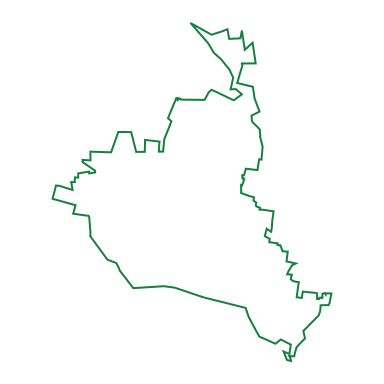 Parras, Coahuila, Mexico (Mercator projection)
{"feature_id": "50627088B64269988161187", "entity_name": "Parras", "entity_type": "district", "adm_level": 2, "iso_a3": "MEX", "parent_name": "Mexico", "parent_adm1": "Coahuila", "projection": "mercator", "projection_center": [-102.042, 25.588], "detail": "fine", "context": "isolated", "style": "outline", "palette": "green", "viewbox_px": 384, "rotation_deg": 0, "n_neighbors": 0, "source": "geoboundaries", "source_scale": "gbopen_adm2", "svg_char_len": 4819}
<svg xmlns="http://www.w3.org/2000/svg" viewBox="0 0 384 384"><path d="M288.3,271.5L292.2,265.2L295.8,263.5L286.5,261.4L287.3,255.3L287.7,251.6L285.3,251.5L284.5,251.4L282.7,251.3L280.5,245.7L280.3,245.6L280.3,245.4L279.8,245.3L279.6,245.4L279.4,245.5L279.3,245.4L279.5,245.2L277.4,244.9L277.6,243.3L269.3,242.2L269.7,238.8L264.8,236.2L266.7,228.8L271.1,231.7L271.5,229.5L271.7,228.6L272.0,224.8L272.0,224.7L272.4,219.7L272.5,219.0L272.9,216.6L273.6,211.3L270.2,210.8L262.8,209.7L259.6,209.7L260.0,207.8L256.4,206.4L255.7,205.0L256.3,202.7L253.4,200.4L254.0,197.3L249.1,195.9L243.9,194.1L242.4,193.4L241.1,193.0L241.2,190.6L241.1,189.6L241.1,189.4L241.1,189.1L241.1,188.9L241.1,188.7L241.1,188.3L241.1,188.1L241.1,187.9L241.1,187.7L241.1,187.3L241.1,185.1L242.0,185.6L242.1,185.4L242.5,184.1L242.8,183.4L242.9,183.2L243.0,182.8L243.2,182.3L243.7,180.7L244.0,179.8L244.2,179.2L242.9,178.8L243.1,178.2L242.5,178.3L241.7,178.4L242.4,178.2L242.3,175.2L244.0,175.2L244.5,173.4L245.4,170.5L245.5,170.4L245.8,168.7L256.1,169.9L256.4,170.0L257.5,170.1L257.6,169.0L258.5,163.4L259.2,159.2L261.5,159.6L262.6,146.7L260.0,136.4L260.4,136.1L259.7,129.4L257.5,127.0L257.1,126.6L254.3,123.9L253.9,123.5L252.6,122.2L251.9,120.8L251.6,116.3L251.5,115.6L259.5,111.6L254.6,98.5L252.9,86.8L237.2,83.0L242.4,65.4L241.9,63.5L255.7,63.4L252.6,42.8L244.8,49.8L241.9,30.6L240.4,38.3L229.2,38.9L227.4,29.2L221.2,31.7L211.5,34.7L190.5,23.0L205.9,40.6L207.0,41.9L208.1,43.1L214.0,53.0L218.0,56.5L218.6,57.0L219.7,58.0L221.2,59.4L229.4,69.5L233.2,77.7L230.6,89.4L235.8,89.1L241.9,94.3L233.8,100.3L211.7,89.8L208.8,92.2L204.6,99.9L181.0,99.6L180.3,99.0L180.0,98.6L179.5,98.6L179.2,98.4L178.7,98.7L178.7,99.2L178.3,99.7L177.7,100.1L177.2,98.8L177.3,98.0L176.8,98.1L176.3,98.1L171.8,109.0L168.0,118.1L171.4,121.4L170.5,123.6L169.7,125.8L169.0,127.6L168.1,129.7L167.1,132.2L166.0,134.9L165.0,137.5L164.3,139.1L163.5,147.1L163.1,151.6L158.8,151.6L159.1,146.9L159.1,146.5L159.5,141.6L147.5,140.2L145.1,139.9L144.8,151.8L141.4,151.9L136.2,151.9L131.2,132.1L118.3,132.0L116.1,138.2L111.1,152.3L110.8,152.3L110.6,152.3L110.4,152.3L110.2,152.3L109.9,152.3L109.7,152.2L109.3,152.2L109.1,152.2L108.8,152.2L108.6,152.2L108.4,152.2L108.2,152.2L107.7,152.2L107.3,152.2L107.1,152.2L106.8,152.2L106.6,152.2L106.4,152.2L106.2,152.1L105.7,152.1L105.3,152.1L105.1,152.1L104.9,152.1L104.6,152.1L104.4,152.1L104.2,152.1L103.7,152.1L103.3,152.1L103.1,152.1L102.8,152.0L102.6,152.0L102.4,152.0L102.2,152.0L101.7,152.0L101.3,152.0L101.1,152.0L100.9,152.0L100.6,152.0L100.4,152.0L100.2,152.0L99.8,152.0L99.5,152.0L99.3,151.9L99.1,151.9L98.8,151.9L98.6,151.9L98.4,151.9L98.2,151.9L97.8,151.9L97.5,151.9L97.3,151.9L97.1,151.9L96.9,151.9L96.7,151.9L96.4,151.9L96.2,151.9L95.8,151.8L95.5,151.8L95.3,151.8L95.1,151.8L94.9,151.8L94.6,151.8L94.4,151.8L94.2,151.8L93.7,151.8L93.3,151.8L93.1,151.8L92.9,151.8L92.6,151.8L92.4,151.7L92.2,151.7L91.7,151.7L91.3,151.7L91.1,151.7L90.8,151.7L90.6,151.7L90.4,151.7L90.5,160.4L82.5,159.9L82.5,160.0L82.6,162.1L95.0,170.6L95.2,172.4L90.5,173.2L89.2,173.4L89.0,171.6L83.0,172.6L78.2,173.4L78.2,177.6L74.9,177.4L74.8,179.7L74.8,179.8L74.8,182.1L71.2,182.1L72.6,190.0L59.7,185.9L56.0,185.5L52.6,198.8L75.5,205.2L73.2,213.7L88.7,215.9L89.2,216.8L90.4,231.8L90.5,235.9L90.2,236.1L107.4,259.6L111.7,261.3L116.3,263.1L118.3,266.8L119.9,270.8L122.4,274.0L133.3,288.1L145.0,287.4L152.7,286.9L163.9,286.2L169.2,286.9L174.5,287.6L191.2,293.2L191.4,293.3L203.0,297.2L205.3,297.8L216.3,300.6L216.5,300.6L219.4,301.3L232.0,304.5L245.6,307.9L247.0,312.0L248.7,317.1L249.6,318.7L252.7,324.5L254.6,328.0L255.7,330.1L259.4,336.6L264.6,338.9L266.6,339.8L267.2,340.1L267.9,340.4L268.6,340.7L273.1,342.7L275.5,343.7L280.8,339.5L289.8,344.1L290.8,344.6L290.4,347.6L290.3,347.9L290.3,348.1L290.3,348.3L289.7,352.0L289.4,353.9L283.6,351.6L286.4,358.6L286.5,358.7L286.5,358.9L286.6,359.0L287.0,360.0L291.0,361.0L290.3,357.6L289.9,357.3L289.2,356.0L292.2,356.2L294.2,356.3L294.5,355.0L294.9,352.8L296.4,348.1L296.4,347.4L300.8,342.7L305.0,338.4L303.9,333.6L303.4,330.9L308.2,326.1L308.3,325.9L318.5,315.7L320.1,311.5L320.4,308.8L320.6,305.3L322.0,305.2L322.7,305.2L328.5,305.1L329.5,303.3L330.7,297.3L330.7,297.1L330.8,296.8L331.4,293.5L328.9,293.4L325.8,293.3L325.7,294.4L325.2,293.7L324.7,293.2L322.4,293.7L322.5,297.7L321.7,298.1L321.4,297.5L321.1,297.5L320.8,297.7L320.3,297.9L320.1,297.9L319.9,297.8L319.8,297.7L319.7,297.7L319.5,297.8L319.1,298.2L319.0,298.6L318.9,299.1L318.2,299.1L317.1,299.0L317.1,293.4L315.3,292.8L313.6,292.7L312.7,292.6L308.6,292.2L302.8,291.6L301.8,297.9L301.0,297.8L300.8,297.8L300.6,297.8L300.1,297.7L299.3,297.6L296.7,297.3L297.9,288.1L298.2,285.9L298.8,282.1L296.2,281.8L294.8,281.5L292.8,280.9L290.7,279.2L291.7,275.4L291.8,275.2L291.9,274.9L291.9,274.7L287.2,274.3L288.3,271.5Z" fill="none" stroke="#15803d" stroke-width="2"/></svg>